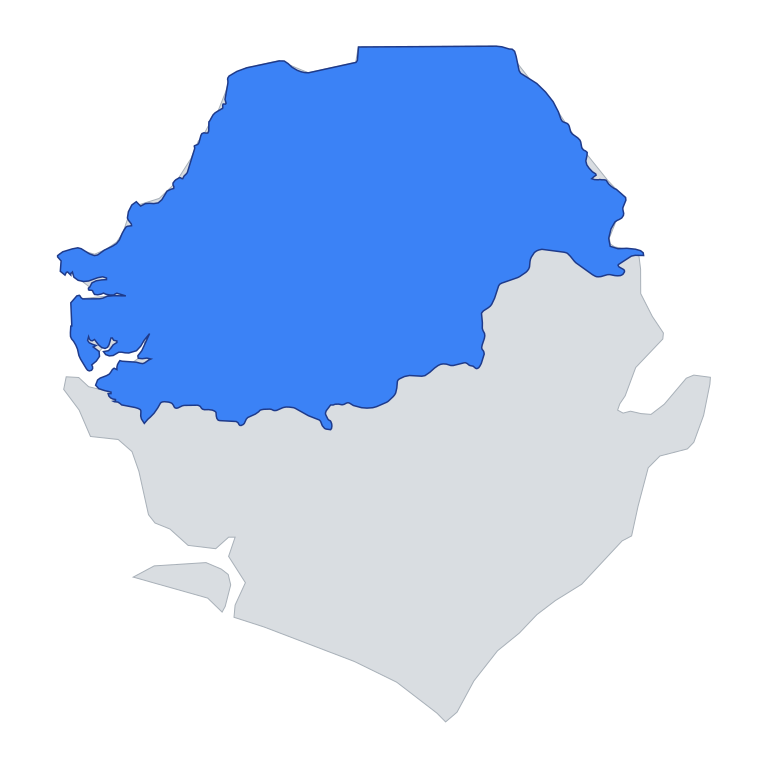 location of Northern within Sierra Leone
{"feature_id": "SLE-762", "entity_name": "Northern", "entity_type": "Province", "adm_level": 1, "iso_a3": "SLE", "parent_name": "Sierra Leone", "parent_adm1": "", "projection": "mercator", "projection_center": [-12.175, 9.121], "detail": "fine", "context": "in_parent", "style": "filled", "palette": "blue", "viewbox_px": 768, "rotation_deg": 0, "n_neighbors": 0, "source": "natural_earth", "source_scale": "10m", "svg_char_len": 7569}
<svg xmlns="http://www.w3.org/2000/svg" viewBox="0 0 768 768"><path d="M710.4,377.3L709.9,384.1L703.6,415.4L693.8,442.3L687.4,448.9L659.9,456.0L648.2,467.8L638.1,506.0L631.6,535.9L622.1,540.9L581.7,584.2L555.3,600.6L536.9,614.6L519.4,633.0L497.5,650.8L473.9,680.9L457.0,712.2L445.6,721.9L436.9,713.1L396.7,682.2L354.4,661.5L264.1,627.0L234.0,617.3L235.1,605.1L245.4,582.7L228.6,556.4L235.1,537.2L228.6,537.2L215.7,548.7L188.1,545.4L169.9,529.0L155.0,523.0L148.5,514.7L138.9,471.3L132.0,451.6L118.2,439.5L90.5,436.5L79.1,410.0L63.7,389.4L66.2,376.8L78.7,377.5L88.6,386.7L104.3,390.5L124.0,368.3L141.6,356.2L145.6,345.7L143.5,339.9L132.8,348.9L103.6,346.6L96.4,354.7L83.4,357.3L73.3,331.2L73.8,315.9L78.0,299.0L107.4,296.1L109.9,290.7L89.5,287.0L64.0,267.4L59.4,253.9L72.1,249.3L84.1,251.3L94.6,254.2L106.0,249.4L116.7,242.0L123.0,232.5L131.6,207.0L159.3,198.4L175.5,182.8L191.0,158.5L198.1,141.5L204.5,133.0L208.5,125.6L211.4,117.5L218.4,110.1L225.6,92.0L230.6,75.6L246.5,67.7L279.0,60.7L308.2,72.7L355.7,62.3L358.3,46.9L401.8,46.6L453.3,46.3L496.2,46.1L510.9,50.2L516.2,61.7L530.3,79.8L545.1,92.2L563.3,119.6L584.6,151.5L607.6,180.2L622.3,195.8L624.0,201.2L622.9,207.4L615.7,222.0L609.4,237.8L610.1,243.8L614.4,246.8L638.4,251.7L640.6,269.3L640.7,293.6L652.3,316.4L663.4,333.0L662.8,339.0L635.7,367.5L625.2,395.8L619.8,403.8L617.6,410.1L623.1,413.1L630.5,411.2L641.0,413.6L651.0,414.4L664.3,404.2L686.3,378.2L693.8,375.1L710.4,377.3ZM225.2,606.4L222.1,612.1L207.7,598.1L133.2,577.1L154.2,565.9L206.0,562.6L221.3,569.1L228.2,574.5L230.7,584.9L225.2,606.4Z" fill="#d9dde1" stroke="#a8b0b8" stroke-width="1"/><path d="M496.4,46.2L501.9,46.8L509.2,49.0L512.2,49.2L514.6,51.3L516.1,56.2L519.1,70.7L520.7,73.3L536.8,83.5L545.6,92.1L553.2,101.8L558.3,111.7L560.9,119.1L562.2,121.2L563.4,122.0L566.9,123.3L568.3,124.4L569.2,126.1L570.7,131.9L572.3,134.0L577.8,137.9L579.9,140.1L580.7,141.9L581.8,147.9L583.4,149.9L585.6,151.0L587.2,152.4L587.0,155.5L585.8,161.0L586.8,164.9L589.1,168.2L592.3,171.7L595.7,173.9L596.1,175.2L593.8,176.8L591.7,178.7L594.4,179.6L598.3,179.8L599.7,179.5L601.8,179.8L604.1,179.8L606.1,180.2L608.7,184.1L611.3,186.4L614.1,188.4L616.4,189.4L625.6,197.5L625.9,200.2L622.8,207.8L622.9,209.7L623.7,213.4L623.4,215.5L621.7,218.0L619.4,219.4L617.0,220.5L614.9,222.0L611.0,228.9L608.7,238.3L610.2,246.3L618.0,248.7L626.9,248.3L635.5,249.2L640.6,250.7L643.2,252.8L643.6,255.5L635.2,255.3L631.4,256.1L618.3,264.6L618.1,265.5L619.0,266.9L623.8,269.6L624.4,270.5L624.5,271.8L623.1,274.1L621.8,275.0L620.4,275.6L617.6,275.8L614.9,275.6L610.0,274.6L608.7,274.6L607.3,274.7L600.9,276.6L598.3,276.8L596.7,276.7L595.4,276.3L592.5,274.7L575.9,262.8L574.4,261.3L570.4,256.3L567.4,253.3L566.0,252.7L564.0,252.2L541.9,249.3L538.7,250.0L536.6,250.9L534.4,252.5L531.4,257.0L530.5,259.1L530.0,261.5L529.5,266.9L528.7,269.0L527.4,270.8L525.9,272.3L519.6,276.6L517.6,277.6L501.8,283.1L499.8,284.2L498.6,285.9L494.6,298.2L491.7,304.3L490.4,306.0L488.5,307.6L483.5,310.8L481.9,312.6L481.5,313.5L482.4,322.8L482.3,328.3L482.9,330.4L484.5,333.4L484.8,335.8L484.4,338.3L482.2,344.9L481.7,347.3L481.8,348.4L482.2,349.4L483.5,351.1L483.9,352.1L484.2,354.1L481.3,363.4L480.0,365.9L478.8,367.6L477.6,368.4L476.4,368.6L475.5,368.2L473.1,366.2L469.9,365.5L468.9,365.0L467.3,363.6L465.4,362.7L464.2,362.8L453.3,365.5L450.8,365.5L446.4,364.1L443.2,363.9L440.7,364.3L438.1,365.5L434.6,368.0L429.8,372.3L425.0,375.6L421.8,376.2L409.5,375.5L404.5,376.5L399.8,378.7L398.6,379.5L397.9,380.3L397.4,381.3L396.8,388.0L395.7,392.9L394.8,394.6L393.3,396.5L388.3,401.2L386.8,402.2L376.7,406.6L372.8,407.7L367.0,408.1L361.6,407.7L353.4,405.5L349.5,403.1L348.0,402.7L346.4,403.1L344.2,404.3L342.7,404.7L341.4,404.7L338.7,404.1L335.2,404.2L333.2,405.0L330.6,405.0L326.2,410.8L325.5,412.9L325.5,414.0L325.9,415.1L327.9,419.1L328.6,419.9L330.4,420.9L330.9,421.7L331.7,423.9L331.9,426.1L331.5,428.5L330.6,429.7L326.4,429.1L325.3,428.8L324.4,428.2L322.3,425.7L320.6,421.4L319.9,420.5L319.1,419.9L308.4,415.7L295.2,408.3L293.7,407.7L289.3,407.1L286.2,407.0L284.3,407.3L282.8,407.7L276.6,410.4L274.8,410.6L273.5,410.4L271.5,409.4L269.8,409.1L263.7,409.3L261.6,409.7L260.1,410.2L258.6,411.8L255.3,414.1L247.8,417.5L246.3,419.1L244.3,423.4L243.2,424.5L241.1,425.5L239.9,425.4L239.1,424.7L238.0,422.7L236.2,421.5L219.7,420.6L218.2,420.2L216.9,418.5L216.3,416.2L216.0,412.4L215.3,411.6L214.4,411.0L212.3,410.1L208.5,409.6L204.5,409.7L202.6,409.2L201.5,408.3L200.3,406.4L198.4,405.4L197.1,405.2L184.2,405.4L182.3,405.8L177.8,408.0L176.3,408.2L175.1,407.9L174.3,407.1L173.3,405.1L172.0,403.4L170.6,402.7L168.6,402.1L164.5,401.7L162.5,401.9L161.1,402.5L160.4,403.2L157.7,408.0L154.0,413.3L150.3,417.1L147.9,419.2L144.3,423.4L141.4,418.9L140.7,415.9L140.9,411.9L140.8,410.6L140.3,409.6L138.3,408.5L135.1,407.5L121.6,404.9L120.2,403.6L117.9,402.1L114.3,401.7L113.5,401.3L115.5,401.0L115.5,399.5L112.8,399.0L110.6,397.9L108.9,396.1L108.1,393.6L111.0,393.6L111.0,392.1L104.7,390.6L98.7,388.6L95.6,385.2L97.6,380.0L100.1,378.1L106.6,375.6L109.4,374.0L111.0,371.8L112.4,369.5L114.1,368.2L116.9,369.6L116.9,367.0L117.5,364.6L118.6,362.5L119.9,360.6L122.0,361.2L136.3,362.2L140.4,363.3L142.8,363.6L144.6,362.9L148.9,359.9L150.9,359.0L146.9,358.1L142.3,358.7L138.3,358.3L137.8,355.8L137.6,356.0L141.8,350.7L149.6,333.6L144.2,340.2L140.7,346.2L136.5,350.7L128.8,353.0L124.9,352.8L121.7,352.2L118.8,352.2L113.2,355.5L109.3,355.9L105.7,354.6L103.5,351.6L108.4,350.7L110.9,348.1L113.1,344.9L116.9,342.5L116.9,341.0L113.8,340.3L113.1,339.5L112.4,338.0L111.0,338.0L109.0,344.8L107.4,347.4L105.0,348.5L101.5,347.4L98.5,344.8L94.5,339.5L92.3,340.8L90.6,340.5L89.4,339.1L88.6,336.7L87.6,340.4L89.3,342.8L92.6,344.3L96.1,345.5L93.2,347.0L99.1,351.5L99.5,356.4L96.3,361.1L91.7,364.9L92.6,366.8L92.6,368.7L91.5,370.3L89.3,370.9L87.6,370.2L86.3,368.6L80.5,359.0L78.9,355.5L77.5,349.1L75.8,345.1L73.6,341.3L71.5,338.8L70.5,336.4L70.4,332.8L70.8,326.1L71.8,326.0L70.8,302.8L76.8,295.9L79.3,295.3L80.2,296.1L80.9,297.5L82.7,298.9L99.3,298.8L102.8,298.2L107.2,296.3L113.4,295.7L125.8,295.9L116.9,293.2L115.5,293.8L113.8,295.0L110.1,295.0L106.1,294.3L103.5,293.1L101.1,294.1L97.7,294.8L94.5,294.4L93.2,292.3L92.5,290.6L91.0,290.2L89.4,290.2L88.6,289.9L88.4,288.2L89.0,287.6L89.7,287.2L91.9,282.9L96.2,280.8L101.6,279.9L106.5,279.6L106.5,278.0L102.7,276.8L97.8,277.7L88.6,281.0L83.6,281.5L78.1,280.3L73.9,277.2L72.4,272.0L71.5,273.0L71.0,273.1L70.8,273.5L70.8,275.1L67.6,272.0L66.4,272.3L65.0,275.1L60.3,271.3L61.1,260.9L57.6,256.9L57.6,255.6L62.7,251.8L72.2,248.9L77.8,247.8L81.2,248.7L89.4,253.8L94.4,255.6L97.6,255.0L104.2,250.2L112.6,246.1L116.5,243.6L119.4,239.9L122.3,233.1L124.1,229.9L126.1,226.9L127.4,226.3L131.6,225.7L131.3,223.9L128.4,220.2L127.4,218.0L128.4,211.7L131.8,205.0L136.3,201.7L140.6,206.1L145.3,203.6L149.5,203.3L153.7,203.6L158.2,202.9L161.8,199.8L167.0,191.2L170.8,189.3L173.7,188.5L173.9,186.8L173.0,184.8L173.0,183.1L174.7,180.8L175.9,179.7L179.6,177.6L180.5,177.8L181.6,178.5L182.7,178.7L184.1,176.0L186.3,173.9L187.3,172.6L194.6,148.8L194.7,147.7L194.3,146.7L194.4,145.8L197.3,144.6L198.0,144.2L198.4,143.6L199.0,142.6L200.9,135.4L201.9,133.6L203.9,132.8L206.0,133.1L207.8,133.0L208.7,131.1L208.9,121.8L209.6,121.1L213.1,114.8L215.1,112.8L221.8,108.7L222.5,108.6L222.8,107.7L222.7,105.1L223.2,104.0L225.4,104.1L226.0,103.6L225.9,102.5L225.0,99.4L227.9,83.1L227.9,80.8L227.6,79.3L227.8,78.0L229.1,76.0L236.9,71.4L246.7,67.8L279.2,60.9L284.2,61.0L288.1,63.6L292.0,67.2L297.2,70.3L301.2,71.8L304.8,72.6L308.5,72.8L356.0,62.4L357.4,60.4L358.5,47.0L496.4,46.2Z" fill="#3b82f6" stroke="#1e3a8a" stroke-width="1.5"/></svg>